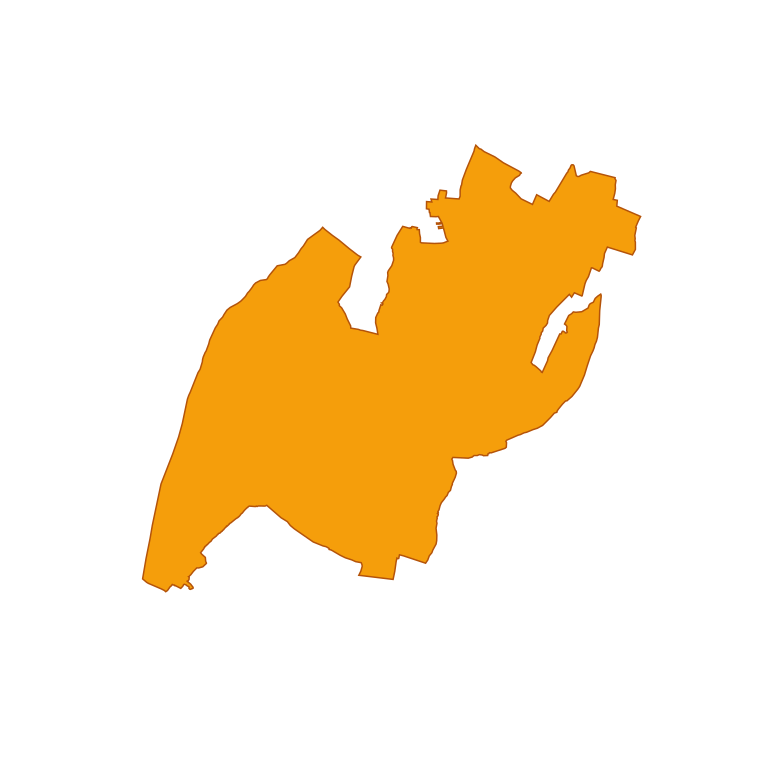 the district of Dolhesti, Iasi, Romania, rotated 228°
{"feature_id": "2599482B27646337618827", "entity_name": "Dolhesti", "entity_type": "district", "adm_level": 2, "iso_a3": "ROU", "parent_name": "Romania", "parent_adm1": "Iasi", "projection": "albers", "projection_center": [27.913, 46.869], "detail": "fine", "context": "isolated", "style": "filled", "palette": "amber", "viewbox_px": 768, "rotation_deg": 228, "n_neighbors": 0, "source": "geoboundaries", "source_scale": "gbopen_adm2", "svg_char_len": 6151}
<svg xmlns="http://www.w3.org/2000/svg" viewBox="0 0 768 768"><g transform="rotate(228 384 384)"><path d="M400.7,74.2L395.5,74.9L393.5,75.5L380.7,81.4L377.6,82.6L375.7,82.8L375.4,84.9L376.4,89.2L376.3,90.6L376.7,92.5L375.9,92.7L375.3,93.4L374.7,93.4L374.5,93.8L373.8,93.7L373.6,94.1L368.1,96.2L368.3,99.0L369.0,101.0L368.7,101.7L366.8,102.6L365.9,102.6L364.0,103.3L363.6,103.3L362.6,102.3L361.5,102.3L360.7,103.0L360.6,104.0L360.2,104.5L360.0,105.5L360.7,106.1L364.7,106.4L369.2,105.7L369.3,106.0L368.7,106.6L369.2,108.3L370.6,109.8L371.6,109.9L371.3,110.4L371.6,111.6L371.5,112.5L372.3,117.0L372.6,121.8L371.3,123.2L369.4,127.0L369.5,131.9L369.7,132.2L371.5,132.8L374.7,135.2L379.3,134.7L381.3,134.8L382.2,140.0L382.7,140.9L382.6,141.5L383.1,142.0L382.8,143.4L383.1,144.4L382.8,144.9L383.1,148.3L382.9,150.2L383.6,152.8L383.2,157.8L383.5,159.2L383.3,159.9L383.7,160.9L383.0,162.3L383.0,163.6L383.2,164.3L382.9,165.1L383.2,166.1L383.0,167.1L383.4,169.2L383.4,171.4L383.7,171.5L383.8,172.0L383.3,172.4L383.4,175.5L383.7,175.7L383.3,177.3L383.0,183.8L382.5,186.2L382.7,186.7L382.5,187.1L382.6,188.6L383.1,191.3L382.9,192.3L383.5,195.7L383.7,199.3L383.4,200.1L383.7,201.0L383.4,202.2L379.4,206.0L378.8,206.7L378.7,207.4L377.9,207.7L377.4,209.1L372.9,213.9L372.3,215.7L353.5,218.0L346.4,220.1L341.5,219.7L336.5,220.4L314.0,225.7L304.5,230.3L301.7,232.2L298.7,233.1L298.3,233.1L297.8,232.5L295.9,233.7L285.9,236.9L280.7,239.0L275.0,242.3L270.9,244.1L266.5,247.5L264.3,246.7L263.0,245.7L260.5,241.7L258.7,237.3L232.7,260.0L237.6,266.7L244.0,274.3L246.0,277.1L244.9,277.4L244.5,278.2L246.7,281.2L243.4,283.4L223.0,295.0L223.9,298.7L226.0,302.7L226.6,306.7L227.9,309.1L230.2,315.6L232.3,318.3L236.4,322.2L242.0,326.2L245.0,330.1L247.0,331.3L248.6,333.7L249.8,334.5L249.9,335.7L250.5,336.7L251.1,337.4L252.0,337.1L252.2,338.4L253.0,338.5L253.7,340.7L256.1,344.3L257.4,347.2L258.3,352.4L258.8,354.0L258.9,356.2L260.4,359.3L260.5,362.2L262.8,365.7L263.6,367.6L264.4,368.2L267.1,374.6L269.3,378.2L270.9,379.3L272.2,379.3L278.1,381.6L281.3,383.7L282.8,384.1L283.3,386.1L272.5,397.0L270.7,400.6L270.6,403.0L268.4,405.5L267.8,407.5L265.5,409.5L264.1,410.0L261.5,413.2L262.5,414.5L262.1,415.2L262.4,416.4L261.1,417.6L255.2,431.0L255.2,432.6L258.4,435.8L259.9,436.2L260.1,437.8L256.2,449.5L255.2,451.4L254.0,455.4L252.7,457.7L250.4,464.2L248.5,468.4L247.1,474.3L247.7,485.4L248.4,491.1L247.3,493.5L248.1,494.7L248.6,496.6L249.6,502.9L249.9,507.2L249.8,507.8L249.1,508.6L249.0,515.4L250.5,524.7L251.3,527.8L256.5,538.9L261.4,547.0L266.7,556.3L268.8,561.5L270.3,564.4L272.2,567.2L273.6,570.4L275.9,573.9L282.1,580.8L284.1,583.7L294.2,593.4L303.4,603.6L304.7,604.8L305.8,605.2L306.3,601.5L306.3,598.2L304.7,594.3L305.7,591.0L305.4,589.2L303.9,586.5L305.4,579.3L308.9,574.6L310.9,572.9L310.7,570.6L311.3,567.1L307.8,558.3L305.6,558.7L304.3,558.4L301.3,555.4L299.9,554.9L299.8,554.2L300.1,553.4L300.6,552.9L301.4,553.1L303.5,552.4L303.8,551.7L302.7,549.1L303.6,548.1L296.4,531.3L293.7,523.6L291.8,521.0L286.7,509.3L287.6,508.9L288.6,509.3L295.1,508.6L297.3,508.2L298.7,507.5L301.5,507.7L306.7,518.1L310.4,523.7L313.7,530.5L314.6,531.1L315.8,534.1L316.8,535.1L317.2,537.4L319.0,539.7L319.1,543.6L319.9,546.3L321.7,548.1L324.3,552.8L325.6,563.8L326.6,581.7L323.0,581.5L324.4,586.5L317.0,589.9L317.1,590.5L324.0,600.4L325.6,603.5L327.0,607.8L331.5,615.8L330.9,616.5L323.9,619.3L324.0,620.5L325.0,622.9L324.9,623.6L325.5,625.1L327.0,626.8L330.8,632.2L333.4,635.1L336.3,641.6L313.7,655.0L315.8,660.9L321.3,665.8L322.7,666.4L323.8,667.8L326.6,669.8L331.2,676.0L332.1,675.9L335.0,682.1L336.8,686.8L360.4,676.0L364.4,680.3L367.8,677.8L371.3,683.1L374.2,686.6L377.3,689.2L380.0,692.6L382.2,693.1L382.7,693.8L403.9,679.6L403.9,677.5L407.2,670.3L407.8,667.7L408.7,666.7L410.1,666.3L419.0,671.2L420.1,671.3L421.2,670.4L421.3,669.3L420.1,666.9L419.5,664.1L418.6,662.7L418.4,660.9L411.9,639.7L411.6,636.9L409.2,628.9L422.5,624.1L418.1,614.5L429.8,609.8L437.7,609.6L442.2,608.9L445.2,609.1L446.4,610.3L448.2,613.3L448.9,615.7L449.3,619.6L448.4,624.3L449.0,626.0L448.9,627.2L449.2,627.3L452.0,626.7L468.6,620.7L478.4,618.4L489.7,613.9L493.7,613.2L495.0,612.3L500.0,612.0L498.4,608.9L496.8,606.7L488.4,588.8L483.1,578.7L480.0,574.8L479.6,573.7L477.3,570.5L472.6,566.2L471.3,563.6L481.1,554.2L484.2,558.4L485.7,559.6L490.6,555.3L487.7,550.2L485.1,547.5L490.0,542.7L487.3,541.3L491.1,537.7L485.8,532.8L483.7,534.4L481.0,532.5L480.6,532.8L477.4,530.6L473.6,534.5L472.1,536.5L465.7,535.0L467.0,532.4L468.5,530.8L467.6,530.1L466.1,531.7L464.3,534.6L461.8,533.4L464.6,529.7L462.9,528.6L460.2,532.6L451.5,528.1L447.4,527.1L449.1,522.6L450.3,520.8L454.7,515.5L463.9,506.2L465.0,505.9L468.4,509.0L471.9,511.0L475.1,513.5L476.6,511.9L477.6,512.7L477.9,513.4L482.2,510.3L482.3,509.9L481.6,508.7L482.6,508.1L482.3,507.4L488.6,503.4L485.7,493.2L480.5,481.1L479.8,480.6L478.5,480.6L476.7,479.0L475.1,478.3L473.6,476.7L471.3,475.5L469.5,473.9L466.7,468.9L465.3,463.1L464.4,461.3L462.0,459.5L458.2,454.8L455.5,453.9L451.2,451.5L449.4,449.6L448.9,448.5L448.8,445.9L447.3,444.1L446.3,441.3L446.0,439.0L445.4,437.3L445.8,436.5L444.2,436.8L443.8,435.7L443.9,435.2L445.0,434.7L442.0,429.5L440.9,428.1L440.9,426.9L438.9,422.3L435.1,418.7L430.1,416.0L425.0,412.7L437.9,404.1L439.8,402.5L441.6,401.6L447.8,396.7L449.5,398.1L457.0,400.2L462.0,402.1L469.0,403.5L472.1,403.2L473.2,404.2L475.7,404.6L477.3,411.4L479.2,423.4L485.8,432.2L491.3,440.4L491.9,442.0L493.9,451.8L497.2,450.7L507.5,448.8L521.2,446.8L528.9,445.1L538.3,443.5L541.5,443.3L541.0,439.3L542.6,423.9L540.5,416.4L540.0,412.8L538.7,408.3L537.6,402.3L539.0,396.1L538.9,393.0L539.1,390.7L543.3,383.7L541.6,372.3L541.0,369.7L540.3,367.9L540.3,366.5L543.7,361.4L545.0,356.2L544.8,353.3L544.1,350.9L543.1,346.0L542.9,343.4L541.8,339.7L541.5,335.3L541.4,332.8L541.9,328.7L543.8,321.0L544.0,316.7L542.7,311.7L541.7,308.9L541.3,303.7L539.7,300.4L538.6,296.2L533.3,283.9L531.0,280.5L527.5,273.8L527.1,272.2L525.0,267.7L523.7,265.7L522.0,263.8L518.0,257.2L516.9,253.4L507.6,234.6L506.2,231.3L504.3,227.8L489.6,207.7L482.0,195.8L473.4,180.2L458.9,151.4L434.1,117.4L425.8,106.9L413.6,90.5L400.7,74.2Z" fill="#f59e0b" stroke="#b45309" stroke-width="1.5"/></g></svg>